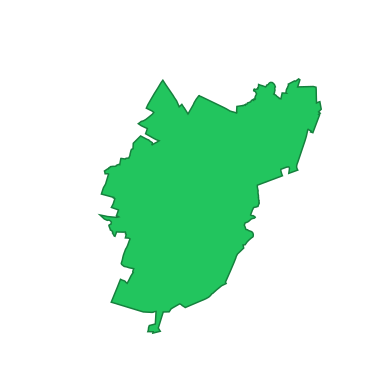 Tarimoro, Guanajuato, Mexico, rotated 23°
{"feature_id": "50627088B52975433563900", "entity_name": "Tarimoro", "entity_type": "district", "adm_level": 2, "iso_a3": "MEX", "parent_name": "Mexico", "parent_adm1": "Guanajuato", "projection": "natural_earth1", "projection_center": [-100.75, 20.293], "detail": "fine", "context": "isolated", "style": "filled", "palette": "green", "viewbox_px": 384, "rotation_deg": 23, "n_neighbors": 0, "source": "geoboundaries", "source_scale": "gbopen_adm2", "svg_char_len": 5900}
<svg xmlns="http://www.w3.org/2000/svg" viewBox="0 0 384 384"><g transform="rotate(23 192 192)"><path d="M121.5,100.5L120.8,103.3L119.9,109.9L118.9,115.9L118.0,122.9L117.3,128.8L117.2,132.7L123.2,133.0L125.7,133.6L125.4,134.9L125.1,135.9L122.8,140.3L121.2,143.2L120.0,144.8L119.2,145.7L117.9,146.7L117.6,147.0L116.9,148.4L115.9,150.1L119.4,150.8L123.8,151.0L126.1,151.0L126.4,154.4L126.5,156.5L136.1,157.6L138.8,157.8L141.7,157.7L140.2,159.9L138.5,161.9L136.5,164.6L136.7,163.4L136.5,162.7L136.2,162.1L132.9,161.5L131.9,161.0L129.9,161.1L122.8,160.5L118.9,170.1L120.8,175.3L119.6,176.4L119.7,177.0L119.6,177.3L119.7,178.2L120.3,181.8L120.6,182.1L120.5,185.5L118.1,186.7L117.7,187.7L113.5,188.8L113.4,188.9L114.8,195.1L114.2,195.1L113.7,195.3L112.0,197.0L111.8,198.0L110.8,198.6L109.3,199.2L106.9,200.6L106.9,201.3L106.4,202.2L105.9,202.4L105.9,203.4L105.5,203.5L105.1,204.0L103.2,206.9L104.0,207.8L104.9,209.2L108.0,207.8L108.1,207.5L108.9,214.5L109.0,215.6L109.3,217.9L109.3,218.6L109.2,219.6L108.8,222.6L109.0,225.2L109.4,229.3L116.7,228.3L122.0,227.6L121.9,228.1L123.6,228.3L124.1,233.9L123.8,237.7L131.3,237.2L131.4,237.3L131.4,237.9L131.7,242.5L131.7,243.5L131.9,243.6L132.7,243.4L133.8,243.4L134.3,243.5L132.4,244.9L123.8,247.6L123.0,247.8L122.6,247.8L116.3,249.1L121.8,251.1L125.1,251.2L126.3,250.4L127.3,250.3L128.2,250.5L129.3,251.0L129.6,251.3L129.6,251.7L129.9,252.9L129.9,253.3L129.7,253.3L128.5,255.0L128.6,255.3L129.3,256.2L131.3,258.2L131.6,258.8L132.1,258.9L132.8,258.9L133.2,259.0L134.6,259.8L134.8,259.9L134.8,260.6L134.8,260.8L135.3,261.0L136.0,261.7L136.4,261.9L137.0,262.4L137.3,262.5L137.6,262.9L138.4,262.9L138.3,259.9L138.1,258.3L144.4,255.8L146.3,254.9L146.5,255.2L146.8,255.4L146.9,255.8L147.1,256.5L147.3,256.5L147.7,256.6L148.0,256.7L148.6,260.3L151.6,259.2L153.3,259.4L153.4,260.6L153.3,261.3L153.6,266.4L153.5,268.8L153.2,270.6L153.5,276.6L153.8,278.7L154.4,281.8L154.8,285.4L155.5,286.1L156.6,286.5L157.1,286.5L157.6,286.8L158.7,287.0L161.0,286.5L163.5,286.3L164.7,286.1L168.3,285.3L168.5,288.0L168.7,288.7L168.9,288.9L169.4,289.1L169.1,290.0L168.6,293.1L168.4,296.9L168.0,301.4L166.2,300.9L165.6,300.4L164.9,300.3L163.7,300.2L163.0,300.4L160.3,300.3L160.5,309.2L160.6,317.6L160.7,325.0L165.7,324.4L167.0,324.3L188.7,322.0L194.1,321.4L201.8,318.6L202.1,318.5L202.7,318.2L203.0,317.9L203.3,317.8L203.7,317.2L204.1,316.9L205.6,316.0L209.8,327.8L204.9,331.6L205.0,333.7L205.7,336.0L205.8,336.1L205.9,337.8L210.9,335.8L211.1,337.2L217.2,332.6L214.1,330.4L212.4,313.7L217.8,311.2L218.4,307.8L219.4,306.3L224.4,299.7L226.5,299.9L227.1,300.3L230.3,300.8L230.9,301.0L246.4,284.9L248.5,282.2L249.5,280.0L250.0,278.0L250.7,277.2L252.8,272.6L255.9,266.7L259.2,262.9L258.0,261.9L258.2,249.9L258.2,240.3L258.1,235.7L257.9,234.1L258.1,231.3L261.5,223.4L259.7,220.8L261.5,219.8L262.2,216.6L263.1,214.2L264.8,210.7L265.5,209.8L265.6,208.7L265.0,207.1L264.1,206.0L263.1,205.4L261.9,205.2L258.9,205.4L258.1,205.1L257.7,205.1L256.5,205.4L256.2,205.4L254.7,203.6L253.1,202.1L253.0,199.6L254.3,198.5L255.2,197.5L255.7,196.7L257.1,193.7L258.2,192.7L259.6,191.7L260.1,190.6L259.3,190.1L258.5,190.1L257.8,189.9L257.3,189.9L256.6,190.3L256.0,190.4L254.9,190.2L254.8,188.7L254.7,185.7L254.6,185.0L254.8,184.0L254.7,182.9L254.8,182.2L255.5,181.8L255.7,181.5L256.9,180.8L257.5,180.1L258.0,179.8L258.3,179.6L258.4,179.3L258.2,178.5L258.2,177.3L258.3,176.7L258.3,176.2L258.1,175.9L257.8,175.9L257.7,175.7L257.8,175.1L257.5,174.8L257.3,174.5L257.2,173.8L256.6,173.5L256.3,172.7L255.9,172.4L255.6,171.3L255.5,171.2L255.2,171.1L255.1,170.9L255.0,170.3L254.8,169.9L254.4,169.0L254.0,168.6L253.6,167.8L253.2,167.4L253.1,167.0L252.7,166.2L252.4,165.1L250.7,162.7L249.9,161.3L249.5,160.2L268.9,141.7L267.7,140.5L265.5,137.8L264.9,136.4L269.4,132.1L269.9,131.9L270.7,131.2L271.6,131.2L272.4,132.0L272.9,133.5L273.8,137.0L280.8,130.5L280.4,130.2L279.4,129.3L278.7,128.4L278.3,127.6L278.1,126.9L277.9,126.0L277.8,125.1L277.7,122.9L277.4,118.8L277.3,117.6L276.0,100.8L275.5,96.2L274.2,89.2L274.4,88.9L275.2,89.1L277.8,89.4L277.7,90.4L278.6,90.3L280.1,90.2L279.3,71.1L278.3,71.0L279.2,69.4L277.2,68.8L278.6,65.3L274.4,58.9L272.7,60.4L271.8,61.4L268.7,54.6L266.2,49.0L265.2,47.1L262.4,47.5L248.2,54.0L247.5,46.6L246.0,46.2L243.9,49.7L242.9,49.7L238.5,55.1L238.7,55.3L238.9,55.6L239.1,56.2L239.0,57.2L239.1,57.5L239.0,58.4L239.2,59.1L239.1,59.4L238.9,59.6L239.0,60.3L238.9,61.0L239.3,62.4L239.6,63.8L239.9,64.1L240.2,64.2L236.3,65.6L237.4,71.5L236.9,71.5L235.9,71.8L235.8,71.5L233.4,70.9L232.7,70.8L231.6,70.2L231.2,70.1L229.0,69.9L229.2,68.9L228.8,67.3L228.6,65.8L227.9,64.7L227.5,63.8L227.5,63.1L227.7,62.7L225.8,60.8L223.5,59.9L222.9,59.9L222.5,60.1L221.8,60.2L221.1,60.8L220.8,61.2L220.4,62.0L220.2,63.1L219.8,63.7L219.5,64.0L219.2,64.2L218.9,64.6L219.1,65.4L219.0,65.8L218.7,66.5L214.8,66.7L214.8,66.8L213.1,67.0L212.9,66.9L211.3,67.0L211.8,68.4L212.2,69.9L211.8,70.3L212.3,71.2L212.1,71.6L211.0,72.1L211.0,72.4L209.9,73.1L209.1,72.9L208.9,73.5L209.1,74.0L209.2,74.7L209.6,74.8L210.1,74.7L210.9,74.9L211.2,74.8L212.1,75.6L212.3,75.9L212.6,76.1L212.9,76.2L213.1,76.4L213.1,76.9L212.9,79.2L213.1,79.6L213.0,80.1L213.2,80.7L213.2,81.0L213.6,81.7L213.9,81.7L213.9,82.1L213.3,82.2L212.9,82.3L213.0,82.4L212.7,82.7L212.9,83.6L211.6,83.5L211.6,83.8L210.9,84.6L210.9,84.9L210.9,85.1L210.9,85.6L210.7,86.2L210.3,86.4L209.6,87.3L209.3,87.5L208.7,87.9L208.2,88.7L208.3,89.2L208.2,89.6L207.9,89.9L207.6,90.2L207.1,90.3L207.1,91.1L206.7,90.9L205.1,92.8L204.9,92.8L204.8,92.6L204.3,93.0L199.9,95.7L201.7,100.8L201.9,100.7L202.1,101.0L202.2,101.9L199.3,102.1L197.5,102.4L195.3,102.6L190.7,102.0L187.7,101.8L162.7,100.6L162.2,100.9L161.5,100.7L161.4,100.5L161.2,100.4L160.7,100.7L159.6,105.1L159.4,106.6L159.1,108.8L159.1,111.0L158.1,119.6L157.8,121.7L151.8,117.5L151.3,117.3L148.4,115.3L146.9,118.6L142.2,114.1L139.2,112.2L136.7,110.4L125.9,103.5L121.5,100.5Z" fill="#22c55e" stroke="#15803d" stroke-width="1.5"/></g></svg>